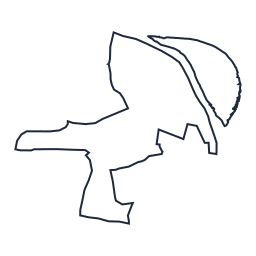 Waraq, Al Jizah, Egypt (orthographic projection)
{"feature_id": "37247803B78325352338503", "entity_name": "Waraq", "entity_type": "district", "adm_level": 2, "iso_a3": "EGY", "parent_name": "Egypt", "parent_adm1": "Al Jizah", "projection": "orthographic", "projection_center": [31.223, 30.097], "detail": "fine", "context": "isolated", "style": "outline", "palette": "slate", "viewbox_px": 256, "rotation_deg": 0, "n_neighbors": 0, "source": "geoboundaries", "source_scale": "gbopen_adm2", "svg_char_len": 5433}
<svg xmlns="http://www.w3.org/2000/svg" viewBox="0 0 256 256"><path d="M132.8,203.0L122.2,204.4L115.9,200.6L115.0,197.0L112.8,181.3L110.4,170.1L115.8,169.8L119.0,168.5L128.9,166.6L137.5,162.4L138.4,162.0L141.3,161.4L144.7,160.0L149.1,156.1L161.7,154.0L162.5,151.6L162.0,151.2L159.6,146.5L159.6,144.5L156.6,144.2L158.7,129.5L183.4,139.1L187.5,124.1L196.8,125.9L204.7,142.8L208.7,142.8L208.7,144.8L209.2,153.0L214.5,153.7L216.4,154.1L216.5,152.8L216.6,142.9L214.2,135.4L209.6,122.1L208.2,116.4L204.6,108.5L200.1,102.3L196.0,95.8L193.3,90.0L188.2,78.1L182.8,67.9L179.2,62.2L172.0,57.0L161.8,51.0L146.7,43.7L136.0,39.0L127.8,37.1L127.0,36.9L124.8,36.4L123.2,36.1L113.7,32.4L113.4,33.6L110.3,46.7L110.0,58.7L109.2,62.8L108.3,63.9L108.7,63.9L110.5,73.3L110.6,79.3L111.8,84.7L114.0,89.6L120.0,93.3L123.3,98.2L128.0,108.4L102.7,118.9L95.3,123.1L85.8,124.1L73.1,123.0L67.8,121.2L67.8,124.0L65.7,127.2L59.4,130.4L49.9,131.4L26.6,131.3L21.3,134.5L17.1,140.8L15.4,149.3L20.2,150.3L31.3,150.4L34.0,149.3L56.1,149.1L71.4,149.7L85.3,150.1L88.9,152.7L85.9,155.3L89.9,160.1L92.0,170.7L88.6,180.6L84.5,189.8L82.9,197.9L80.3,209.9L80.2,215.4L88.7,217.3L98.2,218.4L108.6,221.3L119.3,221.6L128.9,223.6L128.8,220.6L127.9,215.6L130.6,208.3L132.8,203.0ZM155.9,41.6L156.2,41.5L156.4,41.5L157.7,42.4L160.7,44.6L161.5,45.0L164.5,45.7L170.2,47.3L174.4,48.6L175.2,49.0L176.3,49.6L178.4,50.8L179.1,51.1L179.3,51.2L179.7,51.6L179.9,52.3L180.1,52.5L181.0,53.2L182.4,54.0L183.1,54.5L183.8,55.1L184.6,55.9L185.2,56.6L187.4,60.2L188.7,61.7L189.3,62.8L190.1,64.0L190.7,64.8L191.2,66.1L194.0,71.7L194.8,73.9L195.1,75.4L196.0,77.9L196.4,78.8L197.4,80.8L198.1,82.5L198.4,83.1L199.4,84.4L199.8,85.3L200.1,85.8L200.4,87.1L201.1,88.3L203.1,92.2L204.2,95.0L204.8,96.4L205.5,97.5L205.6,97.9L205.8,98.4L205.8,98.5L206.8,100.2L207.8,101.4L208.5,102.2L209.3,102.8L209.4,104.0L209.5,104.5L209.7,104.4L209.9,104.1L210.3,104.1L210.7,104.2L210.8,104.4L210.8,104.7L211.1,104.7L211.3,104.9L210.7,105.6L210.8,106.2L211.0,106.4L211.5,106.7L211.7,107.0L212.3,107.8L212.2,108.0L212.4,108.2L212.5,108.3L212.9,108.3L213.2,108.0L213.3,107.9L213.9,108.5L214.2,108.8L214.2,109.1L213.9,109.7L213.8,109.8L213.6,110.2L213.9,110.9L215.3,113.1L215.6,113.7L215.9,115.0L216.1,115.4L216.5,115.9L217.5,116.6L219.8,118.5L221.1,119.8L221.6,120.5L222.1,121.2L222.6,122.4L223.4,124.1L224.6,126.1L224.8,126.1L225.6,125.8L226.0,125.5L226.3,125.1L226.9,124.5L227.3,123.8L227.9,122.6L228.1,122.2L228.1,121.9L227.8,121.5L227.8,121.4L228.1,121.1L228.2,120.9L228.0,120.6L227.5,120.3L227.5,120.2L227.9,119.9L228.2,119.9L228.4,120.0L228.5,120.0L229.0,119.3L229.5,119.0L229.6,118.7L230.3,117.4L231.2,116.1L231.7,115.3L231.7,115.2L231.1,114.9L230.9,114.8L230.6,114.3L230.3,113.9L231.0,114.5L231.3,114.7L231.9,114.9L232.2,114.9L232.4,114.6L232.9,113.6L232.5,113.2L232.8,112.9L233.3,112.8L233.6,112.3L234.1,112.0L234.2,111.7L234.6,111.3L235.0,110.8L235.0,110.6L235.0,110.4L234.9,110.2L234.8,109.9L234.3,109.5L233.9,109.4L233.4,109.2L233.1,109.1L233.0,108.8L233.0,108.6L233.3,108.3L233.5,108.3L234.3,108.5L234.8,108.7L235.0,108.6L235.2,108.4L235.7,108.6L235.6,108.2L234.6,107.1L234.6,106.9L234.7,106.7L235.0,106.7L235.6,107.3L235.9,107.5L236.2,107.6L236.5,107.5L236.7,107.3L236.7,107.1L236.7,106.5L236.9,106.2L236.9,105.9L236.7,105.7L236.1,105.4L235.9,105.2L235.7,104.9L235.8,104.8L235.9,104.7L236.2,104.7L236.5,104.7L236.9,105.0L237.1,105.0L237.1,104.9L237.5,104.2L237.4,103.9L237.2,103.8L236.8,103.7L236.6,103.6L236.5,103.3L236.7,103.2L236.9,103.2L237.6,103.5L237.7,103.2L236.8,102.6L236.7,102.4L236.6,102.2L236.8,101.4L237.1,101.0L237.4,100.7L237.6,100.6L238.0,101.0L238.7,101.2L238.8,101.2L238.9,100.9L238.8,100.6L237.5,99.1L237.4,98.8L237.4,98.7L237.7,98.9L238.9,99.8L239.0,99.8L239.1,99.7L239.4,98.6L239.5,97.5L238.7,97.3L238.5,97.2L238.8,97.0L239.6,97.0L239.7,96.9L239.7,96.6L239.5,96.2L239.8,96.0L239.8,95.9L239.7,95.8L239.5,95.6L239.4,95.3L239.2,95.0L239.1,94.7L239.2,92.7L239.2,92.4L239.4,92.2L239.5,92.3L239.7,92.5L239.9,92.5L239.9,92.3L239.8,91.8L239.8,91.6L240.4,91.3L240.5,91.3L240.5,91.1L240.4,91.1L239.7,91.1L239.7,90.9L240.3,90.4L240.5,90.2L240.2,89.5L240.1,89.1L240.0,88.2L240.0,87.8L240.0,87.7L240.0,87.3L240.1,86.9L240.4,86.1L240.4,85.1L240.6,84.6L240.6,84.4L240.6,84.1L240.4,84.0L239.3,84.1L239.0,84.1L239.5,83.7L239.9,83.2L239.9,82.4L239.4,80.8L239.2,79.9L239.2,79.4L239.2,78.8L239.2,78.5L239.0,78.1L238.8,77.7L238.5,77.4L238.2,77.3L237.5,77.3L237.3,77.2L237.8,76.7L237.9,76.4L237.9,75.9L237.3,74.4L237.2,73.7L237.3,73.3L237.7,72.7L237.8,72.5L237.8,72.4L237.7,72.2L237.3,71.7L237.2,71.4L236.3,68.4L236.0,67.6L235.7,67.2L235.1,66.8L234.9,66.5L234.7,65.6L234.5,65.1L233.5,63.7L232.9,62.6L232.5,61.9L231.1,60.2L228.0,56.7L227.2,55.6L226.4,54.5L225.4,53.5L224.8,53.0L223.6,52.4L220.6,50.3L216.4,47.6L215.3,46.9L213.8,46.2L212.1,45.4L210.7,44.9L208.1,44.0L206.6,43.5L205.0,42.9L203.0,42.2L199.7,41.2L197.7,40.4L197.2,40.2L196.2,40.1L193.5,39.6L189.8,38.9L188.8,38.8L188.0,38.8L186.8,38.7L184.7,38.6L183.4,38.5L182.8,38.3L181.8,38.4L178.8,38.1L176.6,38.0L173.2,37.7L171.3,37.7L169.9,37.5L167.0,37.3L166.6,37.4L166.1,37.5L165.0,38.0L164.5,38.2L163.8,38.3L163.2,38.2L162.2,37.7L161.8,37.6L161.2,37.5L160.5,37.4L159.3,37.2L159.2,37.1L159.1,36.7L158.5,36.7L157.4,36.9L157.0,36.9L156.7,36.8L156.0,36.5L155.6,36.4L150.1,36.2L148.7,36.2L148.3,36.3L148.5,36.6L149.0,37.0L152.9,39.3L153.1,39.4L153.2,39.7L153.4,40.0L153.8,40.3L154.5,40.9L155.6,41.4L155.9,41.6Z" fill="none" stroke="#1e293b" stroke-width="2"/></svg>